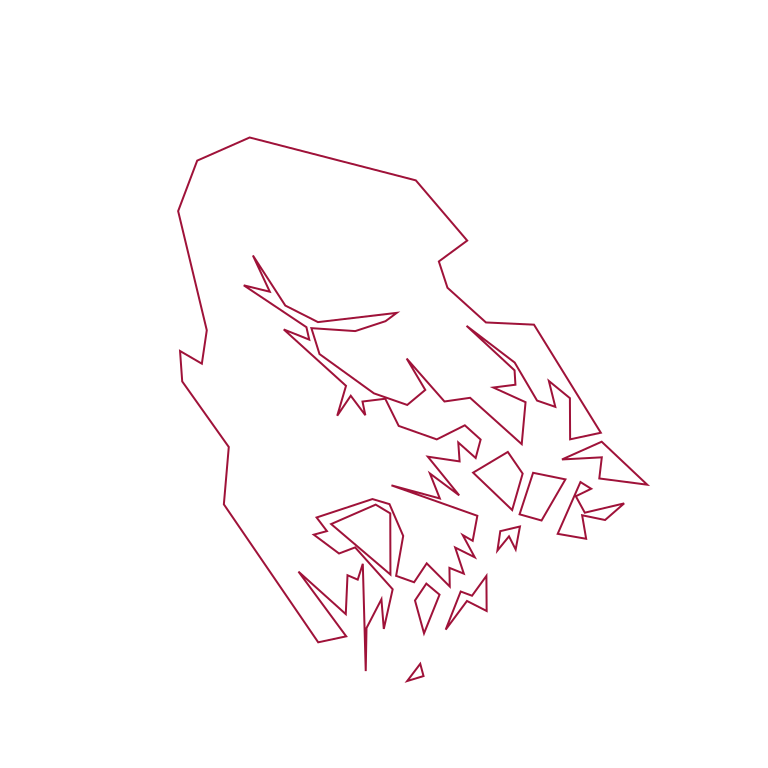 an SVG outline of Hordaland, rotated 245°
{"feature_id": "NOR-913", "entity_name": "Hordaland", "entity_type": "County", "adm_level": 1, "iso_a3": "NOR", "parent_name": "Norway", "parent_adm1": "", "projection": "robinson", "projection_center": [5.687, 60.257], "detail": "medium", "context": "isolated", "style": "outline", "palette": "rose", "viewbox_px": 768, "rotation_deg": 245, "n_neighbors": 0, "source": "natural_earth", "source_scale": "10m", "svg_char_len": 1975}
<svg xmlns="http://www.w3.org/2000/svg" viewBox="0 0 768 768"><g transform="rotate(245 384 384)"><path d="M248.2,559.9L255.2,529.3L292.6,546.5L317.1,534.7L290.9,529.6L304.3,515.7L348.2,511.5L401.8,483.4L341.2,508.1L327.8,502.8L334.6,481.6L307.7,504.6L271.3,483.4L335.1,456.2L342.6,431.4L397.5,415.3L361.2,418.9L355.2,396.2L379.8,370.9L438.4,338.2L465.3,341.8L444.1,380.3L440.3,411.9L443.1,425.6L468.0,350.3L496.8,327.7L555.9,319.5L515.9,319.5L532.7,298.6L468.3,337.7L455.8,335.0L475.8,316.2L398.4,348.8L375.0,328.2L387.4,348.9L363.6,353.9L377.2,357.1L370.1,378.9L339.8,379.6L311.5,408.4L312.4,439.8L292.8,448.1L278.2,435.8L299.6,426.6L281.9,419.8L299.6,393.0L251.3,405.1L283.5,387.8L256.7,386.2L289.0,347.9L225.1,412.9L204.4,398.1L213.8,391.5L188.6,393.0L205.7,379.4L178.4,376.2L189.7,365.6L172.7,358.0L203.4,346.9L191.6,327.5L205.0,313.9L238.2,337.2L272.8,338.2L284.6,324.9L291.5,266.5L274.8,270.1L277.1,256.7L249.4,271.6L248.1,288.8L194.3,305.1L162.1,280.3L190.0,290.7L170.2,265.0L131.5,246.1L230.0,288.8L217.8,277.5L226.1,270.1L191.6,252.1L250.1,227.2L171.3,243.1L177.7,215.2L342.6,188.0L392.5,216.7L471.6,202.2L500.1,213.1L479.4,227.5L507.6,246.1L627.7,270.5L665.4,309.1L664.2,366.4L555.1,498.9L478.8,520.0L471.9,485.5L444.4,482.2L396.7,502.4L374.4,545.0L248.2,559.9ZM279.4,276.9L278.2,325.5L264.1,335.0L208.6,309.3L279.4,276.9ZM181.5,580.0L207.4,539.2L225.5,550.4L240.4,513.4L239.7,556.9L181.5,580.0ZM240.5,481.6L220.9,508.1L193.7,469.1L208.6,451.8L240.5,481.6ZM266.0,427.3L270.1,467.5L244.2,471.8L215.6,446.9L266.0,427.3ZM174.8,478.1L212.1,520.6L201.5,527.5L201.2,510.4L182.5,511.6L174.3,551.2L167.3,526.9L181.3,508.1L158.3,501.8L174.8,478.1ZM166.8,395.7L134.9,381.1L152.3,367.5L135.3,336.1L163.5,365.8L154.9,374.3L166.8,395.7ZM141.1,314.9L174.7,320.6L185.2,338.0L169.6,345.3L141.1,314.9ZM201.5,427.2L197.4,447.0L178.4,433.4L193.1,432.9L185.1,416.4L201.5,427.2ZM105.0,279.5L115.1,298.6L102.6,296.4L105.0,279.5Z" fill="none" stroke="#9f1239" stroke-width="2"/></g></svg>